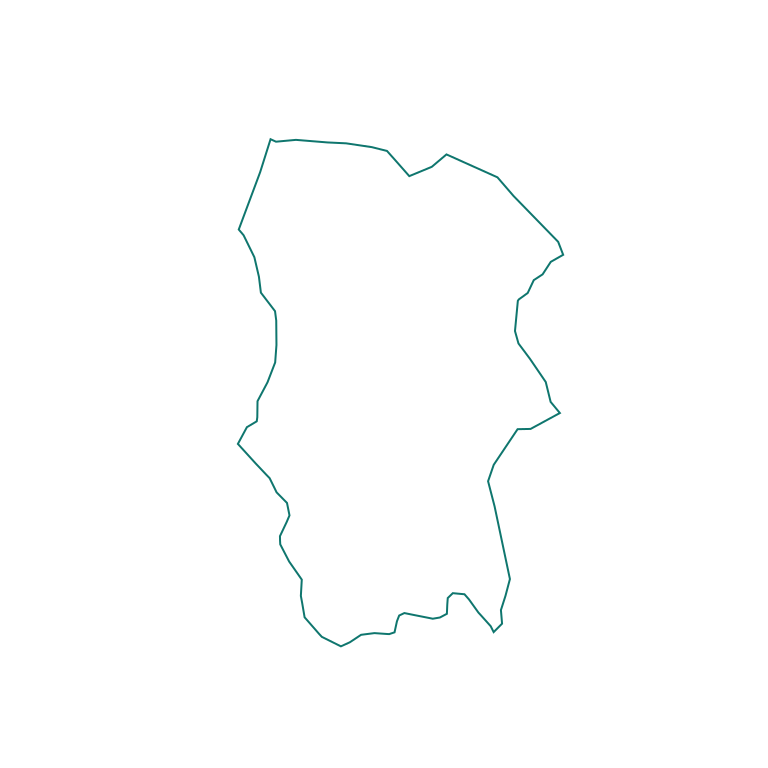 outline of Haute-Sanaga, Centre, Cameroon, rotated 312°
{"feature_id": "32672807B25561230915667", "entity_name": "Haute-Sanaga", "entity_type": "district", "adm_level": 2, "iso_a3": "CMR", "parent_name": "Cameroon", "parent_adm1": "Centre", "projection": "equal_earth", "projection_center": [12.366, 4.679], "detail": "fine", "context": "isolated", "style": "outline", "palette": "teal", "viewbox_px": 768, "rotation_deg": 312, "n_neighbors": 0, "source": "geoboundaries", "source_scale": "gbopen_adm2", "svg_char_len": 1378}
<svg xmlns="http://www.w3.org/2000/svg" viewBox="0 0 768 768"><g transform="rotate(312 384 384)"><path d="M599.9,430.7L606.2,418.3L610.4,354.5L610.8,351.4L613.5,330.0L596.4,276.8L577.4,274.2L555.4,263.7L557.6,244.7L559.2,230.3L551.9,216.5L537.5,194.8L525.8,180.5L506.5,155.2L491.8,141.6L490.0,135.9L458.6,150.2L401.6,172.7L400.6,180.1L391.5,202.8L380.0,219.3L369.5,231.4L365.2,254.3L359.0,261.5L341.0,278.0L327.2,288.7L307.3,296.3L286.6,301.5L274.5,312.1L271.1,314.4L260.2,311.0L241.7,315.5L239.1,341.6L237.8,357.5L237.5,362.0L233.4,372.3L231.6,376.7L230.7,391.5L223.1,401.7L216.4,404.0L201.3,408.5L198.2,411.4L195.4,414.2L188.6,432.3L183.6,453.8L170.9,464.0L166.2,470.1L157.5,481.1L154.9,502.6L154.5,507.0L160.2,527.5L169.1,531.4L182.3,534.8L192.5,543.6L194.2,545.8L200.7,554.1L201.6,555.2L206.5,558.0L216.3,552.4L222.1,550.2L227.4,552.4L232.3,560.7L241.5,576.1L242.2,577.3L247.9,581.8L255.3,584.5L256.4,583.6L262.7,578.4L267.6,574.6L274.6,575.1L281.6,584.5L280.8,591.2L277.3,607.2L277.0,610.5L275.4,625.4L273.0,631.5L284.9,632.1L294.3,622.1L295.5,621.6L307.9,616.0L323.3,608.1L359.6,558.3L367.1,548.0L380.2,528.2L381.4,526.4L397.4,519.6L439.8,513.5L448.7,523.0L480.1,534.1L482.2,519.8L493.7,502.9L500.4,475.5L504.1,456.8L511.0,445.9L535.4,427.8L537.1,427.6L547.8,429.9L561.4,425.8L571.6,428.5L586.4,426.2L599.9,430.7Z" fill="none" stroke="#0f766e" stroke-width="2"/></g></svg>